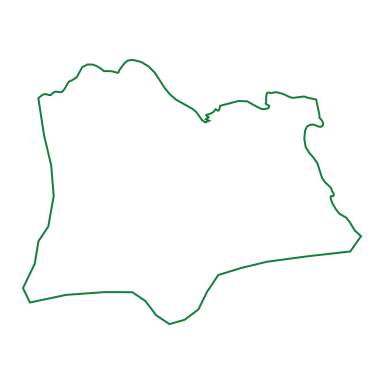 an SVG outline of Kirklareli
{"feature_id": "TUR-2241", "entity_name": "Kirklareli", "entity_type": "Province", "adm_level": 1, "iso_a3": "TUR", "parent_name": "Turkey", "parent_adm1": "", "projection": "orthographic", "projection_center": [27.563, 41.681], "detail": "fine", "context": "isolated", "style": "outline", "palette": "green", "viewbox_px": 384, "rotation_deg": 0, "n_neighbors": 0, "source": "natural_earth", "source_scale": "10m", "svg_char_len": 1748}
<svg xmlns="http://www.w3.org/2000/svg" viewBox="0 0 384 384"><path d="M132.8,59.9L141.1,61.9L148.6,66.4L154.9,72.8L164.9,88.3L170.0,94.4L175.7,99.4L193.0,109.2L196.5,112.3L202.1,120.2L205.3,122.4L209.1,120.7L205.8,119.3L206.4,118.6L207.9,117.9L208.6,117.2L208.0,116.7L207.3,116.3L206.6,115.9L206.3,115.1L211.3,113.3L213.7,111.7L215.7,109.2L217.4,110.5L218.7,110.5L219.5,109.0L220.1,105.8L238.4,101.0L247.1,101.3L259.4,108.1L262.6,109.2L265.7,109.0L268.6,107.9L269.3,105.9L265.7,103.7L266.2,100.5L266.2,96.3L266.9,93.1L267.8,92.7L268.7,92.5L269.7,92.7L270.6,93.1L275.1,92.3L277.3,92.4L283.1,93.9L289.3,96.9L292.6,97.9L304.1,96.5L307.6,97.7L316.1,99.5L319.4,114.7L319.5,118.1L320.7,118.9L322.2,120.9L323.2,123.4L322.8,125.6L320.7,126.9L318.3,126.5L313.9,124.6L310.0,124.8L307.0,126.5L305.0,130.9L304.3,138.7L305.7,147.2L309.3,152.9L313.6,157.8L317.5,163.5L322.0,177.8L324.8,182.0L329.1,186.0L331.1,188.3L332.3,191.6L332.9,192.2L333.5,193.1L333.8,195.0L333.2,196.2L331.9,196.1L330.8,196.3L330.6,198.3L332.4,203.2L335.7,209.0L339.5,213.8L346.3,217.7L349.8,222.3L354.9,230.6L361.0,236.2L360.9,236.3L350.3,251.5L349.8,251.5L308.3,256.2L267.2,261.7L241.4,267.9L218.3,275.0L207.1,291.7L198.4,309.4L184.6,319.8L169.4,324.1L156.1,315.2L145.5,301.1L132.3,292.2L104.6,292.1L65.8,294.9L29.9,302.5L23.0,288.1L34.7,263.9L38.5,241.1L48.3,226.5L53.7,196.0L51.2,165.4L44.0,135.0L38.4,98.5L38.4,98.2L41.2,95.8L43.8,94.2L46.4,94.2L48.6,95.0L50.7,95.1L53.3,92.6L55.7,91.5L60.1,92.3L62.2,91.8L64.8,88.6L66.8,84.8L68.9,81.6L72.2,80.2L76.8,77.1L82.1,67.3L87.7,64.4L88.0,64.5L92.2,64.5L96.4,65.9L100.4,68.3L104.0,71.2L106.6,71.0L111.9,71.3L117.6,72.8L118.6,72.4L118.8,71.3L119.4,70.0L124.7,63.0L127.7,60.6L132.8,59.9Z" fill="none" stroke="#15803d" stroke-width="2"/></svg>